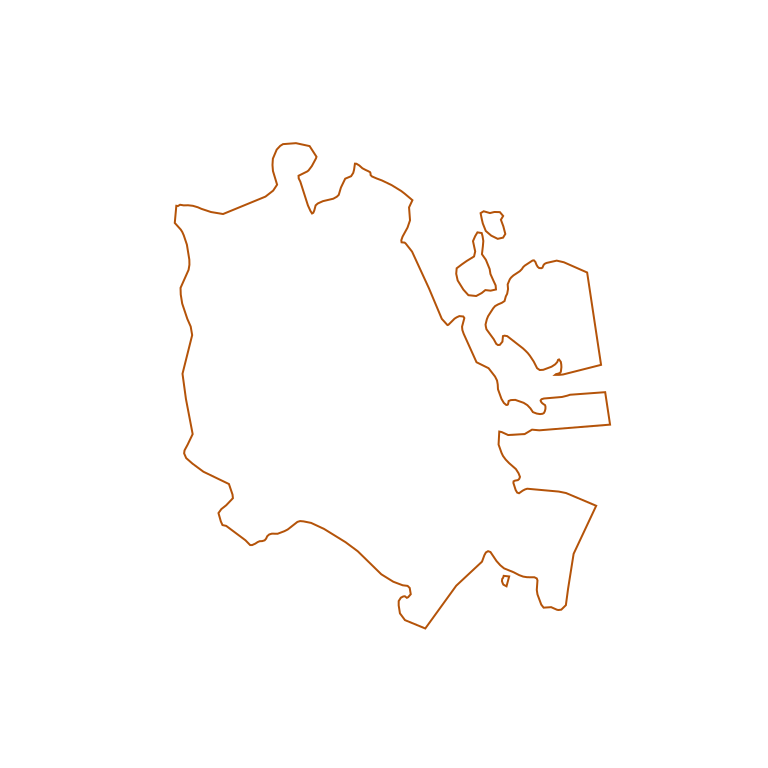 the Canton of Fribourg, rotated 121°
{"feature_id": "CHE-3421", "entity_name": "Fribourg", "entity_type": "Canton", "adm_level": 1, "iso_a3": "CHE", "parent_name": "Switzerland", "parent_adm1": "", "projection": "albers", "projection_center": [7.007, 46.724], "detail": "fine", "context": "isolated", "style": "outline", "palette": "amber", "viewbox_px": 768, "rotation_deg": 121, "n_neighbors": 0, "source": "natural_earth", "source_scale": "10m", "svg_char_len": 4586}
<svg xmlns="http://www.w3.org/2000/svg" viewBox="0 0 768 768"><g transform="rotate(121 384 384)"><path d="M479.9,114.2L486.1,115.8L487.9,118.1L488.4,119.4L488.5,120.1L489.2,125.8L493.5,132.0L492.1,135.6L485.3,144.1L481.8,147.0L473.3,151.3L472.0,152.9L472.2,155.5L475.9,161.8L477.4,165.5L478.2,169.7L478.6,175.9L480.2,186.1L479.5,190.9L477.8,196.4L473.2,206.2L473.7,208.7L475.9,209.9L479.0,209.8L485.8,208.5L519.7,218.2L572.3,222.7L575.6,244.4L572.4,252.2L566.2,257.4L562.5,259.6L558.5,259.5L556.2,258.1L555.2,256.8L555.5,254.3L554.3,253.5L550.4,252.8L545.6,256.9L544.9,259.8L546.9,264.3L548.7,274.2L548.5,288.3L540.9,320.3L539.4,335.5L539.1,360.7L540.6,374.9L543.2,382.2L544.7,385.3L546.8,387.2L558.3,391.6L561.5,393.6L567.2,398.1L570.0,403.0L572.1,404.9L574.6,405.7L577.3,405.4L579.5,405.8L581.4,407.5L582.8,409.6L584.6,410.9L587.1,412.1L590.0,414.1L591.0,415.8L589.3,422.3L586.9,446.2L588.1,449.8L585.8,453.1L579.9,459.4L575.0,459.0L569.2,456.8L559.7,454.7L556.8,456.9L549.6,465.4L552.2,493.6L550.9,507.1L549.4,515.4L546.4,519.6L543.6,520.8L537.1,521.1L525.5,522.2L498.8,546.1L479.0,562.0L440.9,573.6L434.3,579.3L429.5,586.1L419.0,598.4L412.0,604.3L406.4,607.9L386.8,610.3L382.0,612.2L377.7,614.9L366.1,624.7L359.7,632.2L357.6,635.2L356.3,637.8L353.7,646.3L338.2,653.8L337.6,652.3L335.4,651.1L334.0,647.6L331.7,644.0L329.7,639.6L328.4,634.6L327.9,630.7L325.7,620.9L321.2,609.5L284.4,582.1L275.3,578.6L268.2,578.3L258.6,588.9L253.7,592.4L248.1,595.3L238.3,596.7L233.3,595.6L230.4,594.1L222.9,583.5L218.4,570.3L224.0,558.9L225.7,558.5L234.4,558.1L239.9,558.7L241.4,559.3L249.5,564.5L251.7,563.0L253.6,560.0L270.1,541.2L273.6,536.1L274.9,533.5L273.7,532.8L271.3,533.1L266.1,534.6L263.3,533.7L258.7,530.5L251.3,522.9L247.8,520.9L245.2,520.2L237.8,522.1L228.0,523.0L222.8,519.2L218.9,519.1L215.8,520.0L210.1,522.4L209.4,521.1L209.4,517.8L210.2,513.6L210.0,510.0L209.7,507.3L209.6,505.1L210.2,504.2L211.8,503.1L212.3,501.2L211.6,496.1L210.6,490.7L209.6,480.0L209.7,468.7L210.2,464.3L211.8,454.3L219.7,453.5L230.3,446.0L237.8,444.4L248.1,444.0L251.9,443.2L253.5,441.9L253.0,440.8L252.2,439.2L252.4,437.8L256.1,428.1L279.0,394.5L298.4,368.0L300.8,360.0L300.1,359.3L291.7,357.2L289.5,356.1L287.0,354.4L285.3,350.8L286.1,349.1L294.7,346.6L297.4,344.6L299.9,341.6L317.7,315.9L316.6,302.5L320.4,292.7L322.8,288.9L325.8,286.3L329.8,283.6L336.3,275.6L338.5,271.5L339.0,268.4L338.2,267.4L337.4,267.3L334.3,268.4L332.4,266.9L330.0,263.3L328.2,254.6L328.3,250.2L329.5,245.9L331.4,241.9L330.7,237.9L329.4,234.7L327.8,232.7L326.5,232.0L324.6,232.1L322.2,232.8L320.3,233.9L319.2,235.0L319.1,237.1L318.9,238.7L318.2,240.5L317.4,241.3L315.9,241.1L314.1,239.5L303.4,224.7L299.5,220.8L297.4,219.0L277.1,190.2L302.4,169.3L343.7,227.0L346.9,233.6L354.4,237.6L363.8,251.3L364.6,258.4L365.4,260.7L376.9,254.6L382.5,247.8L384.4,244.9L386.1,240.8L387.4,236.0L389.0,227.1L391.2,222.7L393.6,219.6L395.8,219.2L397.5,219.8L399.4,222.0L400.7,222.8L402.2,222.1L407.1,216.5L408.5,213.9L408.1,212.0L404.0,210.2L401.7,208.8L400.0,207.3L386.2,178.8L383.7,171.8L379.1,139.4L431.9,134.0L464.6,120.8L479.9,114.2ZM255.8,207.8L283.6,235.4L285.9,238.5L288.0,242.0L286.9,241.6L285.3,239.9L283.8,238.9L282.5,238.7L278.2,240.6L276.0,242.1L274.0,243.8L272.8,246.6L273.6,247.2L276.0,246.8L279.0,247.4L282.9,249.3L289.8,254.8L291.8,257.7L291.6,260.9L287.6,267.3L284.6,273.6L283.4,276.8L282.6,279.9L281.9,283.2L279.5,303.0L280.5,305.6L281.7,306.7L286.7,304.3L290.8,304.9L291.9,306.4L291.8,308.4L289.1,313.0L284.3,324.4L282.2,326.4L280.7,327.6L275.5,329.2L272.2,329.7L262.9,329.4L260.0,328.9L257.0,327.2L253.7,324.8L250.8,323.4L246.2,324.7L243.2,324.9L238.7,326.6L234.9,329.3L229.5,330.1L227.3,329.9L224.3,329.0L217.4,325.7L214.5,325.0L212.1,324.9L210.0,324.3L201.7,320.3L200.8,319.2L201.4,317.1L203.2,314.8L204.4,312.6L204.7,310.7L203.7,308.8L202.7,308.1L199.8,308.5L198.3,308.2L196.6,307.1L189.3,299.5L187.0,292.5L183.8,267.3L255.8,207.8ZM245.3,336.7L249.1,340.7L251.3,345.5L255.7,347.1L261.1,350.3L264.4,357.4L262.2,364.6L257.3,374.2L252.3,378.9L247.4,381.3L241.4,378.9L236.0,376.5L228.3,372.5L223.4,374.1L215.7,381.3L210.3,382.0L205.9,382.0L204.3,378.0L206.5,375.7L210.3,372.5L215.2,370.1L222.3,366.9L225.1,360.6L231.1,352.6L234.9,349.4L239.3,343.1L242.0,339.1L245.3,336.7ZM197.2,357.3L201.0,361.3L201.6,368.5L200.4,375.6L195.5,382.0L192.2,385.2L187.8,389.2L184.6,387.5L182.9,381.2L179.7,378.0L177.0,373.2L178.6,368.4L183.0,368.4L187.4,362.9L192.9,357.3L197.2,357.3ZM494.3,174.8L494.5,178.3L493.7,179.6L492.2,181.4L490.1,182.3L488.7,182.1L486.8,182.6L484.5,177.6L494.3,174.8Z" fill="none" stroke="#b45309" stroke-width="2"/></g></svg>